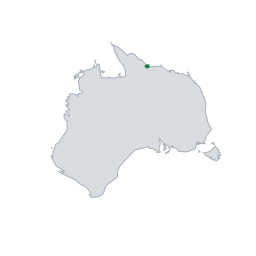 location of Hinchinbrook, Queensland, Australia, rotated 324°
{"feature_id": "25037944B17459590153092", "entity_name": "Hinchinbrook", "entity_type": "district", "adm_level": 2, "iso_a3": "AUS", "parent_name": "Australia", "parent_adm1": "Queensland", "projection": "robinson", "projection_center": [146.068, -18.658], "detail": "fine", "context": "in_parent", "style": "filled", "palette": "green", "viewbox_px": 256, "rotation_deg": 324, "n_neighbors": 0, "source": "geoboundaries", "source_scale": "gbopen_adm2", "svg_char_len": 4383}
<svg xmlns="http://www.w3.org/2000/svg" viewBox="0 0 256 256"><g transform="rotate(324 128 128)"><path d="M167.9,57.9L170.3,69.1L173.2,68.6L176.6,71.9L177.2,78.8L179.2,81.2L179.7,87.6L181.1,90.9L190.8,97.1L194.6,107.2L195.7,107.8L195.9,106.0L198.0,107.8L198.3,106.9L199.2,112.0L200.4,113.6L203.2,115.2L208.5,123.8L208.2,129.6L210.1,136.6L207.1,149.6L205.2,154.3L200.4,159.7L195.9,170.3L194.8,178.3L186.8,180.2L182.9,183.6L180.4,183.9L181.1,185.9L177.2,183.0L177.8,182.3L177.5,181.6L176.8,181.6L175.5,182.8L174.6,182.1L176.1,180.9L175.3,180.0L170.1,184.3L161.9,182.2L155.4,176.9L155.1,172.8L152.0,169.1L153.3,169.3L153.2,168.2L149.0,169.3L150.2,166.5L148.4,162.5L147.0,167.1L143.8,167.5L144.3,166.0L145.8,166.0L147.7,159.7L147.0,155.0L145.0,159.9L141.9,161.8L139.8,164.8L140.2,166.3L138.9,166.1L136.8,164.4L138.1,164.4L137.1,161.5L135.0,158.2L133.4,157.7L133.0,154.8L120.5,149.9L100.0,153.7L93.6,157.0L91.0,161.3L76.6,161.6L69.2,166.6L63.9,166.3L57.7,162.9L57.3,159.4L58.8,160.0L59.9,157.9L59.3,150.8L56.3,145.5L54.9,138.8L47.1,124.9L49.9,126.4L48.0,122.1L49.3,124.6L51.3,125.4L47.5,116.6L49.3,104.6L50.0,107.4L52.1,104.3L60.0,98.8L62.9,99.1L77.3,93.9L82.6,86.9L82.1,82.3L84.9,79.0L87.5,84.1L88.7,81.2L87.0,79.2L87.5,78.0L92.3,78.8L90.8,78.3L91.7,76.3L90.8,74.5L93.4,74.3L92.4,73.0L94.5,72.8L93.8,70.9L95.6,68.7L95.7,70.0L97.2,69.8L97.3,67.4L99.4,68.3L100.8,66.3L103.1,67.6L106.2,71.0L105.7,73.8L107.8,71.1L112.1,72.9L113.0,71.4L111.0,69.3L116.0,60.1L117.0,60.7L118.8,58.4L119.4,59.4L124.6,58.7L124.4,56.4L120.9,54.8L121.5,54.2L134.2,59.0L137.9,57.3L137.0,59.1L138.6,60.1L140.4,57.9L142.1,59.7L140.2,63.8L138.0,64.2L138.1,67.2L136.1,71.8L147.7,80.3L150.8,81.1L151.8,83.2L157.0,84.6L160.7,77.2L160.9,66.5L161.4,62.5L162.7,61.6L161.7,59.7L164.9,52.0L167.9,57.9ZM174.7,193.0L180.8,195.3L188.0,193.8L188.4,200.2L187.9,199.0L187.2,200.4L187.0,204.6L184.5,202.9L182.8,206.7L179.7,206.4L180.3,205.3L177.6,203.5L176.5,200.2L177.7,200.8L174.9,196.3L174.7,193.0ZM114.9,54.3L118.6,54.3L119.7,55.4L117.3,57.7L114.9,54.3ZM142.6,170.6L148.8,170.4L146.2,171.4L142.6,170.6ZM141.2,66.6L142.0,68.9L139.7,68.5L140.0,66.9L141.2,66.6ZM208.1,122.8L208.0,120.2L208.9,118.0L209.3,119.6L208.1,122.8ZM186.3,189.3L188.4,189.8L188.4,190.7L186.3,189.3ZM114.6,55.0L115.9,57.2L113.6,57.1L114.6,55.0ZM172.4,189.6L171.3,189.4L171.9,187.9L172.4,189.6ZM153.6,79.3L152.5,80.0L151.4,80.4L152.0,79.1L153.6,79.3ZM47.1,124.3L46.1,123.0L45.9,121.8L46.1,121.7L47.1,124.3ZM188.0,191.5L188.7,192.1L187.2,191.6L188.0,191.5ZM200.0,112.4L200.8,112.4L200.8,113.5L200.0,112.4ZM179.9,87.5L180.9,88.2L180.8,88.6L179.9,87.5ZM184.4,205.1L184.5,206.2L183.7,205.8L184.4,205.1ZM209.4,130.6L209.5,132.1L209.4,132.0L209.4,130.6ZM124.2,54.2L123.6,53.5L124.0,53.2L124.2,54.2ZM141.2,54.3L140.4,55.4L141.4,53.4L141.2,54.3ZM209.6,128.9L209.2,129.4L209.5,128.9L209.6,128.9ZM142.8,75.3L142.3,75.6L142.5,75.0L142.8,75.3ZM139.4,66.5L138.8,66.6L139.2,65.9L139.4,66.5ZM54.8,98.9L54.7,99.8L54.4,99.8L54.8,98.9ZM163.8,51.4L163.8,52.2L163.5,51.7L163.8,51.4ZM176.8,182.0L177.0,182.4L176.8,182.3L176.8,182.0ZM140.1,55.8L138.9,56.6L140.2,55.6L140.1,55.8ZM93.8,69.7L93.4,70.3L93.6,69.6L93.8,69.7ZM184.8,204.4L184.4,204.6L184.7,204.2L184.8,204.4ZM153.1,82.1L152.5,82.0L152.8,81.6L153.1,82.1ZM91.5,73.9L91.1,74.2L91.1,73.5L91.5,73.9ZM187.7,202.2L187.2,202.5L187.4,201.9L187.7,202.2ZM164.2,49.3L164.1,49.9L163.8,49.6L164.2,49.3ZM176.5,182.6L177.1,183.1L176.2,182.9L176.5,182.6ZM192.0,97.1L191.5,97.1L191.7,96.5L192.0,97.1ZM195.5,105.9L195.3,105.9L195.5,105.4L195.5,105.9ZM174.9,192.2L174.8,192.6L174.6,192.1L174.9,192.2Z" fill="#d9dde1" stroke="#a8b0b8" stroke-width="1"/><path d="M178.5,88.2L178.6,88.3L178.5,88.5L178.5,88.8L178.7,88.7L178.8,88.8L178.8,89.0L178.7,89.1L178.8,89.2L178.7,89.9L178.7,90.0L178.7,90.3L178.8,90.3L179.0,90.4L179.0,90.5L179.3,90.5L179.3,90.4L179.4,90.5L179.5,90.5L179.5,90.4L179.5,90.5L179.8,90.6L180.0,90.7L180.2,90.8L180.3,90.7L180.3,90.8L180.3,90.7L180.3,90.8L180.3,90.7L180.5,90.8L180.7,90.7L180.8,90.7L180.7,90.5L180.7,90.4L180.7,90.2L180.7,89.9L180.8,89.7L180.9,89.3L180.9,89.2L180.9,88.9L180.7,88.7L180.4,88.7L180.4,88.8L180.2,88.8L180.1,88.7L179.9,88.5L179.9,88.4L179.9,88.2L179.7,88.2L179.4,88.2L179.2,88.1L179.0,88.3L179.0,88.2L178.9,88.2L178.7,88.1L178.5,88.2ZM181.5,89.2L181.5,89.3L181.5,89.5L181.6,89.4L181.6,89.2L181.5,89.2ZM181.6,88.9L181.5,89.0L181.6,88.9Z" fill="#22c55e" stroke="#15803d" stroke-width="1.5"/></g></svg>